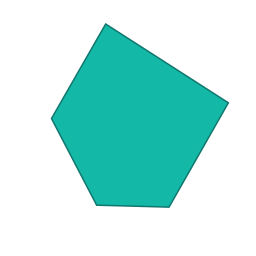 the border of Vatican, rotated 307°
{"feature_id": "VAT", "entity_name": "Vatican", "entity_type": "country or territory", "adm_level": 0, "iso_a3": "VAT", "parent_name": "Europe", "parent_adm1": "", "projection": "mercator", "projection_center": [12.434, 41.902], "detail": "fine", "context": "isolated", "style": "filled", "palette": "teal", "viewbox_px": 256, "rotation_deg": 307, "n_neighbors": 0, "source": "natural_earth", "source_scale": "50m", "svg_char_len": 238}
<svg xmlns="http://www.w3.org/2000/svg" viewBox="0 0 256 256"><g transform="rotate(307 128 128)"><path d="M208.5,193.0L89.5,208.4L47.5,149.4L89.5,61.2L197.6,47.6L208.5,193.0Z" fill="#14b8a6" stroke="#0f766e" stroke-width="1.5"/></g></svg>